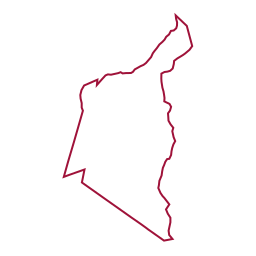 Tacaimbó, Pernambuco, Brazil
{"feature_id": "56859067B67838199851802", "entity_name": "Tacaimbó", "entity_type": "district", "adm_level": 2, "iso_a3": "BRA", "parent_name": "Brazil", "parent_adm1": "Pernambuco", "projection": "equal_earth", "projection_center": [-36.247, -8.34], "detail": "fine", "context": "isolated", "style": "outline", "palette": "rose", "viewbox_px": 256, "rotation_deg": 0, "n_neighbors": 0, "source": "geoboundaries", "source_scale": "gbopen_adm2", "svg_char_len": 1407}
<svg xmlns="http://www.w3.org/2000/svg" viewBox="0 0 256 256"><path d="M63.8,176.9L69.2,174.9L84.5,169.5L81.9,182.5L106.9,200.2L131.4,217.5L141.2,224.3L145.9,227.7L148.4,229.6L164.0,240.6L172.5,239.0L169.2,235.0L168.6,230.7L170.4,222.3L170.4,217.7L167.8,213.7L166.0,209.4L169.3,204.4L164.3,197.9L162.6,196.1L160.5,193.0L158.3,188.0L158.9,185.2L159.4,180.8L161.6,175.5L162.2,171.2L162.9,167.8L164.1,165.1L165.3,161.8L167.1,159.1L169.3,158.8L171.1,155.0L171.5,151.3L172.2,148.0L173.4,144.4L175.2,141.1L173.6,137.1L172.3,131.2L173.3,127.8L170.6,124.4L168.5,120.7L168.3,117.3L168.0,113.3L170.0,110.6L171.1,106.8L169.5,103.9L164.3,101.4L164.5,98.0L164.1,95.0L163.5,91.4L162.4,87.6L161.5,81.8L161.3,78.7L161.4,73.6L164.5,72.0L167.5,71.6L170.2,70.8L172.7,68.5L173.8,64.0L174.1,60.9L177.5,58.3L180.4,56.6L183.0,55.0L185.1,53.5L189.5,49.8L192.2,46.1L186.8,25.9L175.7,15.4L176.1,18.8L177.1,22.3L177.0,25.6L176.2,28.3L173.7,30.5L170.9,30.9L169.0,34.5L166.2,36.8L164.6,39.6L162.4,41.9L159.4,44.5L156.8,48.2L154.5,51.0L152.8,53.3L151.1,57.1L148.5,60.1L146.0,63.0L143.5,64.9L140.5,66.2L137.5,67.9L134.8,69.4L132.9,71.9L131.0,73.0L125.7,73.1L122.6,73.4L120.6,72.2L118.3,73.1L111.0,74.7L107.9,74.4L105.5,75.4L102.1,79.1L96.9,85.0L97.4,79.7L84.1,85.5L81.5,90.1L80.3,95.0L80.6,98.6L81.7,103.1L81.7,107.6L82.9,110.7L77.9,128.2L73.8,142.4L70.9,152.2L68.2,161.3L63.8,176.9Z" fill="none" stroke="#9f1239" stroke-width="2"/></svg>